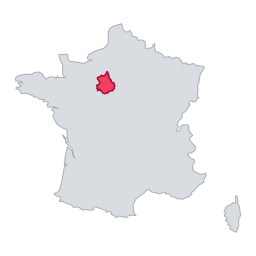 France, with Eure-et-Loir highlighted
{"feature_id": "FRA-5291", "entity_name": "Eure-et-Loir", "entity_type": "Metropolitan department", "adm_level": 1, "iso_a3": "FRA", "parent_name": "France", "parent_adm1": "", "projection": "albers", "projection_center": [1.329, 48.445], "detail": "fine", "context": "in_parent", "style": "filled", "palette": "rose", "viewbox_px": 256, "rotation_deg": 0, "n_neighbors": 0, "source": "natural_earth", "source_scale": "10m", "svg_char_len": 5647}
<svg xmlns="http://www.w3.org/2000/svg" viewBox="0 0 256 256"><path d="M198.9,97.8L197.1,98.9L196.2,101.0L195.1,101.6L193.0,101.8L191.9,100.6L189.4,101.6L188.5,103.0L190.1,104.5L185.6,111.4L182.5,113.3L182.1,117.6L178.5,121.1L177.3,124.5L177.2,125.2L178.3,126.2L178.0,128.5L176.1,130.0L176.3,131.4L176.8,131.6L179.7,130.3L180.7,128.9L180.0,127.2L182.9,124.8L188.2,125.0L189.0,127.8L188.5,130.3L192.7,135.3L189.6,138.0L189.5,139.7L193.3,144.7L195.7,146.8L194.8,150.4L191.2,153.0L188.9,153.0L187.9,153.6L188.1,154.7L189.9,157.8L194.1,159.6L194.9,162.0L193.8,163.0L192.2,166.8L193.2,168.5L192.9,169.4L193.4,170.6L194.6,171.7L200.4,174.4L205.4,173.4L206.2,175.2L203.5,180.3L203.8,182.4L202.3,182.6L202.1,183.3L199.0,185.2L194.3,190.4L192.0,192.0L191.2,194.6L189.9,196.0L182.7,199.3L181.3,198.8L177.7,199.0L175.4,197.4L171.0,196.5L169.5,194.0L165.5,193.8L165.2,192.0L159.6,193.9L151.7,191.9L148.8,189.5L146.5,190.2L144.6,192.5L136.2,198.7L133.0,204.9L133.8,212.0L135.9,215.5L130.6,215.1L127.5,216.2L126.7,217.7L119.2,216.0L116.5,217.6L115.7,217.5L114.8,216.0L111.1,214.3L111.6,213.1L111.1,212.1L107.7,211.2L106.5,212.3L105.2,210.2L95.7,206.9L94.1,206.9L93.5,210.1L87.3,210.0L86.4,209.4L82.5,210.0L78.3,206.9L73.6,207.4L70.8,204.2L68.0,203.9L64.1,202.2L62.4,201.3L62.2,200.4L61.0,201.7L59.5,201.4L59.2,200.9L60.2,199.2L60.5,197.2L55.6,195.6L54.4,194.1L54.4,193.3L57.1,192.7L59.5,190.0L62.1,180.0L64.1,168.2L65.4,165.9L66.9,165.4L65.7,163.7L64.2,165.8L65.5,154.9L67.4,146.7L71.3,150.2L72.2,151.7L73.2,156.6L75.4,158.7L74.0,156.7L72.7,150.1L71.9,148.3L65.8,142.6L65.6,141.4L68.3,142.1L67.3,138.0L66.9,129.4L63.2,128.4L57.3,124.6L53.4,117.8L53.1,115.4L54.3,112.8L53.4,111.1L51.7,109.9L53.2,107.8L54.4,107.6L58.6,109.0L55.2,106.8L49.5,107.3L47.3,106.4L46.9,104.8L48.6,102.9L46.7,101.6L43.5,101.7L43.1,101.2L44.2,99.8L43.4,99.2L40.7,99.6L39.2,99.1L37.9,97.4L33.7,96.8L32.8,95.8L27.1,93.5L20.9,93.4L19.5,90.1L15.9,88.2L16.7,87.2L20.5,86.6L21.3,85.7L18.7,84.2L17.8,82.8L22.8,82.9L20.6,81.3L15.8,81.0L15.4,79.0L16.1,77.1L19.0,75.5L26.1,74.1L31.1,74.4L34.8,72.4L38.3,72.0L41.6,73.3L45.9,79.1L49.6,76.8L55.0,77.2L56.0,78.6L57.5,76.1L58.7,77.6L65.3,77.4L63.8,76.4L62.6,73.9L62.7,65.1L59.6,58.6L58.9,56.2L59.2,54.3L63.0,54.8L66.2,54.0L67.8,54.7L68.0,58.8L69.3,61.2L78.2,62.2L83.3,63.6L87.7,61.4L91.7,60.4L92.1,59.8L89.7,60.0L87.6,59.0L87.3,57.9L88.5,54.7L94.7,51.2L103.7,48.3L106.0,46.3L108.6,42.6L108.1,41.7L108.4,31.8L109.7,28.6L113.1,26.2L121.6,23.8L122.7,26.9L122.7,28.7L125.0,31.4L126.1,32.2L129.9,30.6L131.7,33.2L132.3,36.1L136.9,37.2L138.4,40.9L139.2,40.1L142.0,40.1L143.4,40.4L145.3,42.0L144.8,44.3L145.7,45.4L144.9,47.5L145.5,48.3L150.8,48.1L152.3,47.1L153.0,45.0L154.5,43.7L155.1,44.0L154.3,48.0L155.1,49.0L155.6,51.7L157.6,51.9L161.6,53.9L165.1,57.4L169.1,56.6L172.4,58.5L175.7,57.2L178.8,58.1L180.0,59.1L183.3,64.1L185.4,62.9L187.1,63.4L187.7,64.8L193.6,63.5L194.8,64.8L196.1,65.3L203.9,66.6L204.1,68.5L200.2,74.4L198.9,82.5L197.8,85.3L197.5,87.4L198.0,88.7L198.0,90.9L197.4,96.1L198.1,97.5L198.9,97.8ZM237.9,200.6L237.8,203.8L239.2,206.0L240.6,215.3L238.6,220.0L238.8,225.5L236.3,232.2L231.2,229.8L229.6,228.4L230.6,225.8L227.7,224.8L228.2,222.3L227.7,221.1L225.8,221.2L225.6,220.6L226.9,218.6L226.7,217.4L224.7,216.2L224.3,214.9L225.9,213.3L225.0,212.1L224.0,211.9L226.0,207.4L227.5,206.0L231.1,204.5L232.5,202.7L235.0,203.3L235.4,202.9L235.5,196.1L236.3,195.9L237.2,196.7L237.9,200.6ZM66.2,138.4L65.6,140.4L63.3,136.9L63.0,135.1L66.2,138.4Z" fill="#d9dde1" stroke="#a8b0b8" stroke-width="1"/><path d="M103.2,93.3L102.9,93.1L102.4,92.3L101.8,91.6L101.5,91.1L101.3,91.0L100.8,90.9L100.6,90.8L100.5,90.5L100.4,89.9L100.3,89.7L100.1,89.7L99.9,89.8L99.5,90.1L99.0,90.2L98.1,90.3L97.5,90.5L97.5,90.3L97.6,90.2L97.8,90.1L98.3,89.7L98.6,89.6L98.7,89.4L98.6,89.2L98.4,89.1L97.9,89.0L97.0,88.4L97.3,88.2L97.5,87.9L97.4,87.7L97.1,87.1L97.0,86.9L97.0,86.6L97.1,86.3L97.1,86.1L96.9,85.9L96.7,85.6L96.8,85.4L96.9,85.2L97.0,85.1L97.3,85.1L97.5,85.0L98.5,84.6L98.8,84.4L99.2,84.0L99.3,83.9L99.4,83.6L99.5,83.4L99.7,83.1L99.8,83.0L99.7,82.8L99.6,82.6L99.5,82.4L99.4,82.3L99.3,82.2L99.3,81.9L99.3,81.6L99.3,81.4L99.3,81.1L98.5,80.1L98.1,79.8L97.9,79.6L97.6,79.1L97.5,78.8L97.4,77.8L97.9,77.3L98.0,77.2L99.6,76.7L99.8,76.7L100.1,76.7L100.4,76.4L100.5,76.1L100.9,75.9L101.0,75.9L101.3,75.9L101.5,75.9L101.6,75.7L101.6,75.4L101.8,75.3L102.3,75.7L102.5,75.8L102.8,75.8L103.3,75.8L103.6,75.9L103.7,76.0L103.8,75.9L104.5,75.5L104.8,75.4L105.0,75.3L105.1,75.1L105.2,74.8L105.3,74.6L105.4,74.4L105.5,74.2L105.9,73.9L106.1,73.7L106.5,73.5L106.6,73.4L106.7,73.0L106.7,72.9L106.6,72.4L106.6,72.2L107.3,71.7L108.1,73.3L108.3,73.6L108.4,73.8L108.5,74.1L108.5,74.3L108.5,74.5L108.4,74.9L108.4,75.0L108.4,75.4L108.4,75.5L108.5,75.7L108.9,75.9L109.0,76.0L108.9,76.2L108.9,76.4L108.6,76.7L108.5,76.8L108.5,77.0L108.8,77.3L108.9,77.5L109.0,77.9L109.2,78.1L109.4,78.3L110.1,78.8L110.3,79.0L110.4,79.5L110.5,79.7L110.6,79.8L110.9,80.0L111.0,80.1L111.2,80.3L111.2,80.5L111.3,80.7L111.3,80.8L111.3,81.0L111.3,81.3L111.3,81.5L111.4,81.8L111.6,82.0L111.8,82.2L112.6,82.6L112.9,82.7L113.5,82.6L113.6,83.2L113.6,83.4L113.8,83.6L114.1,83.8L114.2,84.1L114.2,84.6L114.3,84.9L114.5,85.1L114.8,85.3L114.6,85.8L114.4,86.0L114.6,86.4L114.3,86.9L114.3,87.1L114.3,87.3L114.5,88.1L114.4,88.4L114.3,88.6L114.1,88.7L113.9,88.7L113.6,88.9L113.5,89.2L113.2,90.0L113.0,90.4L112.7,90.6L112.4,90.7L112.0,90.6L111.7,90.7L110.8,91.1L110.0,90.9L109.6,91.0L109.4,91.1L109.1,91.6L108.9,91.8L108.7,91.9L108.2,91.6L107.8,91.9L107.7,92.2L107.7,92.9L107.7,93.0L107.3,92.8L107.0,92.7L106.7,92.8L105.5,93.6L105.2,93.7L104.8,93.7L103.8,93.1L103.5,93.1L103.2,93.3Z" fill="#f43f5e" stroke="#9f1239" stroke-width="1.5"/></svg>